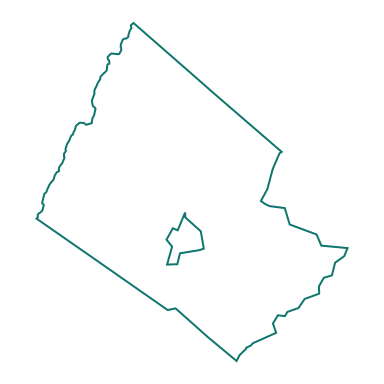 the district of Rockingham, Virginia, United States of America
{"feature_id": "52423323B95722418747105", "entity_name": "Rockingham", "entity_type": "district", "adm_level": 2, "iso_a3": "USA", "parent_name": "United States of America", "parent_adm1": "Virginia", "projection": "natural_earth1", "projection_center": [-78.991, 38.528], "detail": "fine", "context": "isolated", "style": "outline", "palette": "teal", "viewbox_px": 384, "rotation_deg": 0, "n_neighbors": 0, "source": "geoboundaries", "source_scale": "gbopen_adm2", "svg_char_len": 1941}
<svg xmlns="http://www.w3.org/2000/svg" viewBox="0 0 384 384"><path d="M36.5,218.6L100.0,262.8L139.2,290.2L167.6,310.0L175.6,308.4L207.4,336.7L236.6,361.0L239.6,355.1L246.2,348.7L246.3,347.7L250.8,345.6L252.9,343.2L276.2,332.8L272.9,323.5L277.9,315.3L285.0,316.1L287.4,311.9L298.5,308.0L304.7,298.9L319.2,293.6L318.9,286.4L323.8,277.8L331.9,275.4L335.1,262.7L344.3,256.1L347.5,248.1L321.3,245.6L316.6,234.5L289.7,224.5L284.8,208.1L269.4,206.1L264.7,203.7L260.9,201.0L267.4,189.0L272.7,169.1L279.5,153.3L281.7,151.9L217.5,96.5L185.9,68.8L133.5,23.0L131.7,24.5L130.8,25.5L131.4,27.8L131.4,28.3L130.0,30.2L128.8,33.6L128.3,35.6L128.4,36.5L128.2,36.9L127.6,37.6L125.9,38.6L123.9,38.8L122.7,39.9L120.8,44.5L120.7,47.4L121.1,48.0L121.3,50.1L119.5,53.5L118.7,54.1L117.0,54.1L111.4,53.5L110.4,54.2L107.8,56.8L107.6,58.3L108.1,59.5L108.9,60.3L109.2,60.9L109.4,63.0L109.3,63.7L108.3,63.9L107.5,64.6L107.1,66.9L106.9,69.6L106.7,70.2L105.3,72.1L103.7,73.3L100.4,76.9L100.4,78.4L99.9,79.7L98.8,81.3L97.5,83.6L96.5,86.2L95.0,88.9L94.3,91.3L94.5,93.4L91.9,100.6L92.0,101.8L92.1,102.3L92.8,105.8L93.9,107.0L95.0,107.7L95.5,108.9L94.0,115.6L92.6,118.0L91.9,121.4L91.8,123.1L86.2,124.8L84.0,123.0L80.4,122.7L79.5,122.9L76.4,125.5L75.8,126.4L74.8,130.2L74.0,131.2L73.9,131.4L73.6,132.1L73.3,133.0L73.1,134.4L72.2,134.8L70.9,136.3L69.2,140.8L67.3,143.5L65.6,148.5L65.5,149.5L66.0,150.9L64.0,153.7L64.1,157.2L64.4,157.5L64.2,158.4L62.2,163.2L60.5,165.2L60.2,165.6L59.0,167.9L58.7,169.2L59.1,170.5L59.0,171.1L57.5,171.9L57.4,172.0L56.6,172.5L54.8,175.4L53.5,179.8L51.4,182.0L49.5,184.6L48.1,187.6L46.2,192.3L44.3,194.0L42.1,203.0L43.8,205.0L43.4,206.6L43.4,206.8L42.7,209.2L42.5,209.9L42.3,210.6L40.4,212.5L38.7,213.5L37.7,214.8L37.9,217.1L36.5,218.6ZM166.5,239.7L172.8,228.3L177.7,230.3L185.1,212.5L185.3,217.4L200.8,231.3L203.8,248.6L199.5,250.1L180.0,253.3L177.3,264.2L167.1,264.6L172.1,246.6L166.5,239.7Z" fill="none" stroke="#0f766e" stroke-width="2"/></svg>